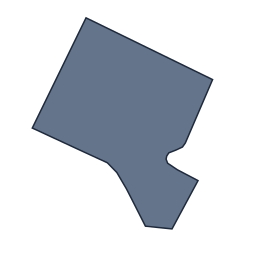 A-Dakhla Oasis, Al Wadi at Jadid, Egypt (Mercator projection), rotated 116°
{"feature_id": "37247803B63195966732086", "entity_name": "A-Dakhla Oasis", "entity_type": "district", "adm_level": 2, "iso_a3": "EGY", "parent_name": "Egypt", "parent_adm1": "Al Wadi at Jadid", "projection": "mercator", "projection_center": [27.396, 24.837], "detail": "fine", "context": "isolated", "style": "filled", "palette": "slate", "viewbox_px": 256, "rotation_deg": 116, "n_neighbors": 0, "source": "geoboundaries", "source_scale": "gbopen_adm2", "svg_char_len": 512}
<svg xmlns="http://www.w3.org/2000/svg" viewBox="0 0 256 256"><g transform="rotate(116 128 128)"><path d="M199.4,44.2L144.6,42.0L143.9,65.3L142.3,76.9L139.3,80.1L136.2,80.9L132.4,80.4L127.0,75.4L121.2,70.7L116.3,69.9L47.4,73.2L47.4,74.5L47.4,85.0L47.4,93.1L47.4,95.5L47.4,103.3L47.4,113.6L47.4,122.9L47.4,128.7L47.4,136.4L47.4,148.2L47.4,154.9L47.4,214.0L170.0,214.0L168.9,158.4L168.3,131.3L172.9,118.5L183.4,102.7L189.6,94.4L208.6,69.3L199.4,44.2Z" fill="#64748b" stroke="#1e293b" stroke-width="1.5"/></g></svg>